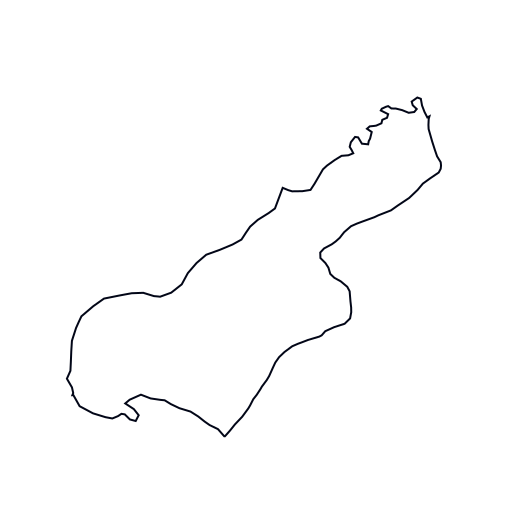 outline of Juarzon, Sinoe, Liberia, rotated 194°
{"feature_id": "62588387B89490647958390", "entity_name": "Juarzon", "entity_type": "district", "adm_level": 2, "iso_a3": "LBR", "parent_name": "Liberia", "parent_adm1": "Sinoe", "projection": "orthographic", "projection_center": [-8.921, 5.312], "detail": "fine", "context": "isolated", "style": "outline", "palette": "ink", "viewbox_px": 512, "rotation_deg": 194, "n_neighbors": 0, "source": "geoboundaries", "source_scale": "gbopen_adm2", "svg_char_len": 2331}
<svg xmlns="http://www.w3.org/2000/svg" viewBox="0 0 512 512"><g transform="rotate(194 256 256)"><path d="M400.5,76.5L399.5,76.8L390.8,67.6L376.1,63.9L363.0,63.2L356.1,63.6L351.1,67.3L348.4,70.3L345.0,70.6L338.8,66.9L332.8,66.8L331.3,73.1L337.5,77.9L347.2,81.3L343.8,86.0L337.3,91.1L334.1,93.6L323.8,92.3L313.8,93.3L309.7,93.9L302.8,91.7L293.5,89.8L281.9,89.2L273.2,86.3L265.7,82.9L260.0,80.7L251.0,78.8L243.2,73.4L242.5,73.6L239.1,80.1L238.5,81.4L235.7,87.5L230.5,96.7L226.6,106.2L225.6,109.5L224.0,116.4L221.7,121.5L219.4,128.2L218.7,130.7L216.5,136.0L215.6,138.1L214.2,142.7L213.1,148.8L212.7,151.1L211.5,157.3L209.1,163.5L205.1,169.8L199.0,177.2L193.9,181.1L190.8,183.2L185.1,187.2L175.1,193.1L173.1,194.9L170.6,199.8L162.9,205.9L153.6,211.7L149.6,218.2L150.0,224.5L151.2,229.0L153.4,234.9L156.6,244.4L160.0,248.2L167.6,251.9L174.7,253.8L177.0,255.1L179.6,256.6L182.9,262.2L187.0,266.0L193.0,269.6L194.5,274.9L191.8,279.8L185.3,285.7L182.2,289.4L179.1,294.0L177.8,297.0L176.2,300.5L171.0,307.9L166.0,311.8L161.2,315.1L150.5,322.3L147.1,325.1L136.1,332.9L130.7,339.2L121.5,349.3L115.2,359.2L111.6,366.6L105.8,373.5L98.9,381.2L97.9,385.3L98.2,387.6L98.4,388.7L99.5,391.7L104.4,396.5L108.1,402.2L112.8,409.8L119.2,420.9L120.4,424.9L121.6,430.9L121.5,433.5L123.3,431.9L127.4,436.6L131.3,442.2L134.1,448.4L137.8,448.8L142.3,443.5L140.4,440.2L135.6,437.5L137.3,434.0L142.5,431.9L149.5,432.9L156.0,432.9L160.3,431.9L164.0,433.4L165.9,432.3L169.6,429.3L170.1,427.4L162.1,425.6L162.3,421.8L166.4,418.7L166.4,415.1L170.9,411.6L172.8,410.8L177.0,409.3L179.1,406.3L173.7,404.3L173.7,397.5L174.4,394.7L174.2,391.5L180.4,390.6L185.6,395.8L188.7,395.5L191.5,389.3L191.5,384.6L188.7,381.8L186.5,379.2L190.7,376.1L197.2,373.9L202.7,368.3L208.9,361.0L209.7,359.8L212.0,356.3L216.7,340.2L219.1,333.3L226.7,330.1L236.6,327.5L240.6,327.7L246.6,328.6L249.1,306.7L254.2,300.6L254.7,300.1L263.0,291.5L268.8,283.1L271.4,276.2L273.1,271.2L274.1,268.4L281.5,261.5L292.5,253.3L304.6,245.2L312.0,234.8L318.0,222.9L321.2,210.5L329.4,199.9L339.2,193.3L341.5,193.0L345.3,192.4L356.5,193.0L367.6,189.8L374.0,186.9L378.8,184.7L393.2,177.9L401.0,168.8L401.7,168.0L410.8,155.3L412.0,149.3L413.2,142.6L413.3,140.9L414.1,129.2L412.2,118.9L410.0,108.3L408.3,99.7L409.8,91.2L402.8,84.0L400.2,78.8L400.5,76.5Z" fill="none" stroke="#020617" stroke-width="2"/></g></svg>